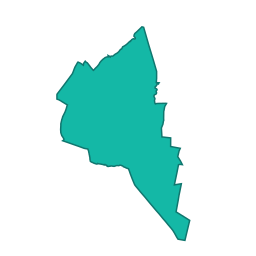 Tlahuelilpan, Hidalgo, Mexico (Equal Earth projection), rotated 279°
{"feature_id": "50627088B50074216584912", "entity_name": "Tlahuelilpan", "entity_type": "district", "adm_level": 2, "iso_a3": "MEX", "parent_name": "Mexico", "parent_adm1": "Hidalgo", "projection": "equal_earth", "projection_center": [-99.217, 20.13], "detail": "fine", "context": "isolated", "style": "filled", "palette": "teal", "viewbox_px": 256, "rotation_deg": 279, "n_neighbors": 0, "source": "geoboundaries", "source_scale": "gbopen_adm2", "svg_char_len": 3901}
<svg xmlns="http://www.w3.org/2000/svg" viewBox="0 0 256 256"><g transform="rotate(279 128 128)"><path d="M145.4,53.3L145.0,55.5L141.3,64.5L141.1,64.4L137.5,64.0L134.3,63.4L132.0,62.7L129.5,61.9L128.8,61.7L127.5,61.6L125.9,61.3L121.7,61.0L119.8,61.3L115.9,61.7L112.8,62.4L110.1,63.8L109.1,64.8L107.3,66.3L106.9,66.5L106.3,66.4L105.8,66.1L105.5,65.8L105.2,65.5L104.0,72.3L102.9,78.2L102.2,82.1L101.1,87.7L101.0,88.7L101.0,89.5L101.0,90.0L101.0,90.3L101.0,90.6L101.0,90.9L101.0,91.6L99.3,92.5L99.1,92.7L98.3,92.9L97.4,93.3L96.3,93.7L95.9,93.8L95.0,94.2L94.3,94.4L93.5,94.7L93.1,94.9L92.3,95.1L92.1,95.2L91.6,95.2L91.2,95.3L90.5,95.6L89.8,95.8L89.4,95.9L89.1,96.2L89.0,96.4L88.8,96.8L88.5,97.7L88.3,98.7L88.0,99.5L87.8,100.4L87.7,101.4L87.6,101.7L87.5,102.2L87.5,102.6L87.7,103.1L87.8,103.6L88.2,103.7L88.1,104.0L88.1,105.4L88.1,105.8L88.1,107.1L88.0,108.5L88.0,109.8L88.2,110.5L87.8,110.4L87.8,110.6L88.1,110.7L88.0,111.7L87.9,111.7L87.9,112.0L87.9,112.3L87.8,112.6L87.7,113.0L87.4,113.1L87.1,113.2L87.0,113.3L86.9,113.6L86.9,114.0L86.9,114.4L87.1,115.1L87.3,115.6L87.5,116.5L87.8,116.9L87.9,117.2L87.9,119.6L88.0,120.5L88.2,120.8L88.4,121.3L88.8,121.8L89.0,122.3L89.2,123.1L89.3,123.5L89.3,124.1L89.3,124.5L89.4,124.8L89.5,125.1L89.9,125.5L90.0,125.8L90.1,126.6L90.0,127.1L90.0,127.3L89.8,127.6L89.8,128.0L89.8,128.5L89.6,128.8L89.4,129.1L89.2,129.3L89.0,129.5L89.0,129.9L88.9,130.2L88.8,130.5L88.7,131.0L88.7,131.3L88.3,132.2L88.2,132.7L87.9,134.3L87.9,134.6L87.9,134.8L85.5,136.2L83.2,137.4L79.0,139.8L75.2,142.1L73.4,143.2L72.5,143.9L70.8,145.8L68.1,148.9L67.0,150.1L64.7,152.8L62.0,156.0L61.1,157.0L58.7,159.7L56.5,162.2L51.4,168.1L48.1,172.1L44.0,176.7L41.4,179.8L38.7,182.8L35.7,186.3L34.0,188.2L31.9,190.0L27.8,193.2L26.0,194.8L25.9,201.8L36.4,202.6L46.4,203.4L52.7,188.6L61.6,188.8L65.1,188.9L69.6,188.9L73.6,189.1L78.2,189.3L81.3,189.4L79.1,182.7L91.2,183.3L99.2,183.6L99.6,183.6L100.2,185.0L100.3,187.4L103.6,185.0L107.5,181.6L112.9,182.0L113.5,182.1L116.1,182.8L116.4,173.0L124.9,171.7L124.5,162.9L131.3,161.4L133.3,161.0L137.2,161.9L140.0,161.9L141.1,162.1L143.0,161.7L150.0,160.7L150.9,160.8L154.9,160.9L158.3,162.2L158.3,161.5L158.2,160.9L157.9,159.1L157.8,158.7L157.3,155.8L156.9,153.6L156.7,152.6L156.1,151.3L156.3,151.2L156.5,150.9L156.8,150.7L157.5,150.4L159.1,149.9L159.5,149.8L159.9,149.9L160.4,150.0L160.9,150.0L161.3,150.0L161.6,149.8L163.0,148.8L163.4,148.6L163.8,148.7L164.3,148.7L164.5,148.7L164.8,148.9L165.2,149.3L165.3,149.5L165.5,149.9L165.6,150.1L166.0,150.4L166.4,150.6L166.8,150.7L167.2,150.7L167.5,150.6L167.9,150.3L168.7,150.0L169.1,150.1L169.9,150.6L170.3,150.7L170.7,150.6L170.9,150.4L171.3,149.6L171.6,148.6L171.9,148.5L172.7,148.4L173.0,148.4L173.3,148.6L173.6,149.1L174.0,149.2L174.4,149.5L174.9,149.7L176.1,149.8L176.2,151.2L176.9,151.3L177.5,151.6L177.3,148.8L181.5,148.5L188.4,147.4L199.0,142.4L213.2,135.5L229.9,127.7L230.1,126.1L230.1,125.9L229.4,125.4L224.1,121.4L222.6,120.1L222.2,119.9L220.9,119.5L220.3,119.5L219.4,119.6L218.8,120.4L218.3,121.0L217.7,121.2L217.2,121.0L217.0,120.8L216.9,120.4L216.9,119.9L217.0,119.5L216.9,119.1L216.6,118.7L215.8,117.8L215.2,117.5L214.6,117.2L214.0,116.8L214.2,116.6L213.2,115.8L213.2,115.7L211.7,114.6L210.2,113.4L208.6,111.7L207.3,110.0L207.2,110.0L205.3,109.4L205.0,109.3L204.5,108.3L203.7,107.9L202.0,107.0L200.5,105.8L198.8,103.7L197.0,102.1L196.5,101.5L196.4,100.7L196.4,100.1L195.8,99.3L195.4,99.3L195.8,98.4L196.1,98.2L196.5,97.0L195.2,97.5L194.9,96.1L194.0,94.4L193.3,93.8L192.0,92.5L190.0,91.0L188.2,90.0L186.2,89.3L185.0,88.6L183.8,87.9L181.9,86.4L179.5,84.9L179.6,84.6L179.8,84.4L180.6,83.5L180.7,83.3L182.4,81.3L182.9,80.9L186.0,77.6L186.4,76.4L187.3,75.3L185.0,74.1L183.0,74.1L183.1,73.8L183.6,73.1L184.0,72.2L184.7,70.5L185.3,68.3L184.9,68.0L181.7,66.8L179.9,66.1L178.2,65.7L174.7,65.0L173.0,64.6L160.7,58.2L150.5,52.7L149.8,52.6L145.4,53.3Z" fill="#14b8a6" stroke="#0f766e" stroke-width="1.5"/></g></svg>